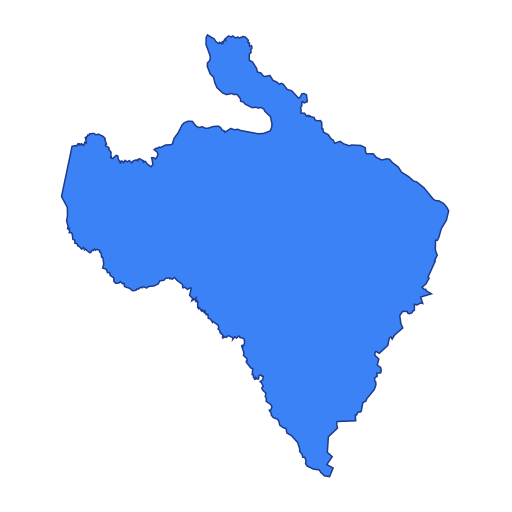 the district of Fuente De Oro, Meta, Colombia, rotated 179°
{"feature_id": "7082276B73436966556792", "entity_name": "Fuente De Oro", "entity_type": "district", "adm_level": 2, "iso_a3": "COL", "parent_name": "Colombia", "parent_adm1": "Meta", "projection": "natural_earth1", "projection_center": [-73.571, 3.391], "detail": "fine", "context": "isolated", "style": "filled", "palette": "blue", "viewbox_px": 512, "rotation_deg": 179, "n_neighbors": 0, "source": "geoboundaries", "source_scale": "gbopen_adm2", "svg_char_len": 6101}
<svg xmlns="http://www.w3.org/2000/svg" viewBox="0 0 512 512"><g transform="rotate(179 256 256)"><path d="M449.4,318.9L443.8,307.9L443.8,299.2L444.8,294.5L443.4,289.1L443.9,286.6L442.0,286.9L442.6,285.6L441.8,283.6L442.3,282.6L440.1,282.4L439.4,281.3L438.8,275.8L437.0,275.1L436.8,271.8L434.7,271.6L434.0,269.2L432.7,268.8L430.2,265.9L428.2,267.4L427.4,265.1L426.4,265.8L422.4,262.3L421.2,262.3L419.8,264.7L418.6,264.3L417.4,265.8L416.4,264.6L415.1,265.4L412.2,264.3L412.3,262.8L410.9,261.7L410.4,257.5L409.4,257.4L409.0,256.2L408.4,250.7L409.5,246.6L405.9,245.4L404.8,241.9L402.7,242.1L402.1,239.1L398.6,236.6L398.5,233.0L396.6,231.1L393.3,231.5L392.2,232.8L389.9,230.6L388.3,230.8L388.2,228.3L387.5,227.5L382.9,225.9L380.2,223.5L378.4,223.5L376.5,223.9L375.7,225.2L374.2,224.9L372.2,226.7L370.3,226.2L369.2,227.3L365.9,225.9L363.8,227.4L358.6,227.8L354.3,229.8L352.6,232.8L348.6,233.3L346.7,235.3L343.0,235.6L342.6,234.7L341.3,235.1L340.3,234.2L337.8,235.9L335.3,232.9L330.1,229.0L329.7,225.5L327.8,226.0L325.0,223.8L322.7,225.2L321.3,225.0L323.1,217.7L320.1,214.8L320.9,212.4L316.7,215.1L317.6,213.0L317.3,212.1L316.1,212.5L316.4,211.3L315.0,211.2L315.2,205.5L314.5,205.5L314.2,204.4L313.4,205.1L311.6,202.2L311.2,203.1L310.4,202.9L310.4,201.9L309.1,202.1L309.6,201.6L308.7,200.3L308.0,201.1L307.8,199.8L306.5,199.2L306.8,198.2L305.1,198.4L304.8,194.5L302.9,194.0L300.7,190.6L300.5,191.3L299.5,190.8L295.0,187.4L294.6,185.4L295.2,183.7L293.7,182.5L293.2,179.8L292.2,179.7L292.1,178.6L291.0,178.0L290.3,176.7L290.7,176.1L289.9,176.2L290.4,174.7L288.6,175.5L286.8,175.2L286.5,176.2L284.6,176.7L280.4,174.7L280.7,173.1L278.5,175.7L276.9,174.2L274.8,176.3L273.7,175.9L273.6,174.9L269.6,173.7L268.9,170.5L269.4,167.5L270.5,166.0L271.3,167.0L271.9,166.3L269.8,159.6L270.2,156.7L266.8,153.5L266.6,151.6L267.4,151.3L267.6,150.1L263.1,144.1L261.2,143.4L261.9,137.5L260.6,137.1L260.7,134.8L259.3,132.7L258.3,133.0L258.3,134.5L256.7,133.0L255.5,133.1L255.3,136.0L254.3,136.6L252.9,136.8L252.2,135.7L250.7,135.6L251.5,132.1L254.0,130.4L252.4,128.7L251.1,125.7L252.5,124.0L251.7,121.8L248.5,118.7L249.2,115.2L248.1,113.4L248.4,110.6L244.2,107.6L242.7,105.0L243.9,101.8L245.4,101.5L243.5,98.5L243.5,96.7L241.5,94.1L237.6,92.6L236.0,90.4L235.2,86.4L231.5,83.7L229.0,83.0L228.2,78.5L223.8,75.9L217.7,68.9L215.8,63.0L215.7,59.7L213.4,56.9L212.8,54.0L210.8,53.9L209.5,50.3L210.1,47.7L208.6,45.1L202.2,41.9L196.4,41.0L195.1,38.6L191.3,35.0L186.3,34.1L182.6,42.7L188.8,46.3L183.3,54.0L188.1,58.4L186.8,74.0L177.5,82.5L178.3,86.1L177.9,89.1L159.2,89.5L159.5,95.2L158.2,95.3L156.7,98.2L154.6,98.1L153.5,98.9L151.7,107.5L148.7,109.0L147.6,111.6L140.1,120.3L138.4,124.9L138.4,127.8L139.3,128.7L139.6,131.7L136.8,133.9L137.4,136.8L133.5,136.9L132.7,139.3L133.4,142.4L136.7,144.8L135.0,150.8L138.8,154.5L138.8,157.0L137.8,158.6L134.5,156.5L125.8,164.3L124.1,171.8L122.2,172.6L121.3,170.5L118.9,174.5L110.5,181.5L112.3,185.6L113.3,193.9L110.4,198.0L106.0,198.0L105.4,196.4L103.7,195.6L101.1,196.5L100.1,198.1L98.6,198.9L98.5,205.0L96.0,204.2L92.1,206.2L90.1,205.6L92.1,212.1L81.3,215.1L86.4,218.2L86.8,219.7L88.5,219.7L90.5,221.9L86.6,225.1L83.3,230.9L84.4,231.9L76.9,247.7L77.7,248.0L74.8,253.6L76.6,258.9L76.2,268.7L74.4,268.5L72.9,271.4L70.3,280.0L65.0,288.5L62.6,297.7L64.3,301.2L67.5,305.2L72.2,308.0L75.7,308.3L77.9,309.9L86.9,321.3L94.1,327.3L97.2,328.2L101.9,332.6L109.0,337.2L112.2,342.5L118.0,347.0L120.8,350.4L123.5,350.9L128.4,349.8L133.9,352.4L137.0,356.2L143.6,356.2L144.6,358.0L144.9,362.4L149.3,364.7L158.8,365.3L160.5,364.5L166.6,366.7L169.9,369.2L175.3,367.4L177.0,370.8L178.8,371.7L181.6,376.0L186.6,378.9L186.8,381.8L187.8,381.9L188.0,388.6L189.3,390.3L192.4,390.0L194.6,391.1L195.5,393.5L199.0,394.4L199.8,395.4L200.7,394.5L201.5,395.7L203.1,395.0L204.9,397.9L208.6,398.1L208.3,401.3L208.9,403.1L207.5,405.8L207.5,409.2L206.5,409.5L205.2,408.2L202.0,409.4L202.7,416.2L205.1,417.6L207.2,417.4L209.6,413.4L210.9,413.2L217.3,420.5L222.0,422.1L225.9,427.4L227.9,428.2L229.9,427.4L232.4,429.8L235.8,431.1L239.0,436.3L244.4,435.2L246.4,436.7L247.7,438.8L251.6,440.1L252.0,443.3L256.1,450.1L259.3,451.9L259.2,458.0L257.3,459.6L257.7,462.5L256.4,463.9L256.6,465.8L257.2,466.5L258.5,465.7L259.1,466.5L258.8,469.1L259.8,469.1L260.4,470.1L259.8,471.7L262.7,475.0L265.3,475.8L266.0,474.8L267.4,475.0L268.9,474.1L270.4,475.3L272.5,474.3L275.3,476.4L277.1,475.4L279.5,476.5L282.9,473.8L282.6,472.1L283.7,472.8L284.6,471.3L286.2,470.5L285.1,469.5L286.4,468.7L288.7,470.3L289.7,469.1L292.6,471.3L293.9,473.7L300.6,477.9L302.0,475.5L302.3,468.5L298.4,457.0L298.3,454.2L299.0,452.0L301.1,450.0L301.4,446.4L298.6,438.8L295.3,435.5L294.2,430.2L292.1,425.0L286.5,419.6L282.7,417.9L277.3,418.9L275.0,417.8L272.3,418.0L268.8,413.5L268.7,411.0L265.8,410.1L264.3,408.1L257.3,404.4L253.5,404.7L250.9,403.8L249.0,404.5L245.8,403.0L244.5,400.4L239.1,395.1L237.7,387.7L238.0,384.8L239.5,380.9L246.2,378.4L251.9,378.2L269.7,381.9L271.7,383.0L275.4,382.6L279.0,384.0L284.8,380.3L285.2,381.4L287.9,382.7L289.2,385.1L291.4,386.5L296.5,386.2L302.1,384.5L304.7,384.7L307.5,386.2L310.9,385.4L313.9,387.1L317.2,391.7L321.5,392.0L325.6,390.4L327.6,388.3L331.6,380.7L335.8,375.2L337.6,369.6L339.2,368.7L344.4,368.6L349.6,366.1L350.9,366.6L352.7,365.3L353.9,365.6L356.0,364.1L353.1,361.7L352.2,359.7L353.1,356.9L354.9,354.8L356.7,356.1L358.6,356.1L357.4,349.3L359.4,347.1L363.2,349.9L364.9,352.4L366.9,351.8L366.5,353.0L371.0,355.3L372.3,354.7L372.6,353.3L374.2,354.2L377.3,353.1L378.5,351.4L381.0,353.6L383.2,352.4L385.3,353.9L386.7,351.7L387.9,353.1L389.2,353.3L389.5,351.7L390.0,351.3L392.1,355.6L392.4,358.4L394.1,359.1L397.4,356.0L398.9,356.6L398.9,357.5L399.5,357.2L399.1,362.2L401.4,365.5L401.0,366.3L401.6,367.2L404.5,368.8L404.3,370.2L403.5,370.5L405.1,374.9L404.7,375.9L406.7,378.2L411.4,380.6L413.8,380.0L416.1,381.4L420.4,381.0L421.0,379.5L422.2,379.8L422.5,378.6L423.7,378.0L423.5,376.8L424.5,377.1L423.6,372.1L424.1,371.7L425.1,372.7L426.5,369.6L428.5,371.2L428.8,370.3L430.1,370.7L430.4,371.9L430.7,370.3L432.0,371.4L433.4,369.1L434.8,369.6L438.0,368.9L449.4,318.9Z" fill="#3b82f6" stroke="#1e3a8a" stroke-width="1.5"/></g></svg>